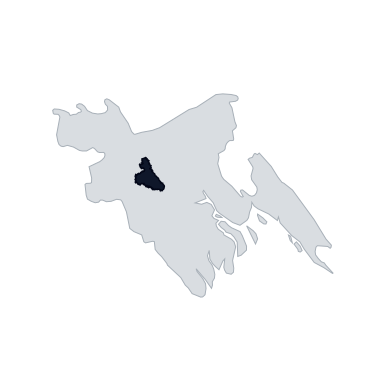 location of Sirajganj, Rajshahi, Bangladesh, rotated 330°
{"feature_id": "16705992B55394931042500", "entity_name": "Sirajganj", "entity_type": "district", "adm_level": 2, "iso_a3": "BGD", "parent_name": "Bangladesh", "parent_adm1": "Rajshahi", "projection": "natural_earth1", "projection_center": [89.578, 24.399], "detail": "fine", "context": "in_parent", "style": "filled", "palette": "ink", "viewbox_px": 384, "rotation_deg": 330, "n_neighbors": 0, "source": "geoboundaries", "source_scale": "gbopen_adm2", "svg_char_len": 8725}
<svg xmlns="http://www.w3.org/2000/svg" viewBox="0 0 384 384"><g transform="rotate(330 192 192)"><path d="M139.6,269.4L139.5,260.5L134.2,243.1L134.5,241.2L133.4,232.8L132.1,228.2L131.4,223.3L134.6,216.1L133.3,215.0L126.3,212.8L125.4,211.0L127.0,204.0L121.9,197.3L119.9,192.4L125.3,176.4L126.7,165.3L126.3,163.1L123.0,160.6L117.2,159.6L113.0,157.6L110.6,154.4L108.6,153.2L106.1,154.1L102.8,152.9L100.1,149.7L97.9,145.9L98.8,141.8L103.1,132.0L104.7,131.7L108.3,133.6L109.7,133.6L112.1,129.7L115.5,118.6L127.4,119.6L130.2,119.2L133.2,118.3L134.8,116.9L135.7,115.2L135.4,113.6L131.7,111.6L130.3,110.0L129.3,105.6L128.3,103.9L121.1,103.7L117.5,101.6L115.4,99.8L111.8,93.8L107.4,89.3L103.1,88.3L101.5,86.8L100.6,84.5L101.1,81.2L103.3,74.8L115.0,61.1L115.3,59.5L114.9,57.8L111.5,55.6L111.2,54.5L112.2,51.6L114.2,51.2L118.2,53.9L122.3,58.1L124.8,61.9L124.8,64.9L128.0,65.5L130.7,66.8L133.5,66.4L135.3,67.1L136.5,66.9L136.9,65.1L134.6,60.8L135.7,59.0L138.4,59.1L140.4,60.7L141.8,64.1L142.1,69.2L145.2,73.9L149.4,77.3L152.6,78.8L156.6,79.9L159.9,78.8L161.6,75.6L160.9,72.6L161.4,70.0L162.7,68.6L164.8,68.7L166.4,70.7L171.0,81.9L170.1,86.9L171.1,100.5L169.9,109.5L170.7,112.9L171.4,113.5L178.4,115.2L188.4,118.8L196.0,120.1L230.7,119.1L238.3,120.9L261.4,119.6L267.7,122.4L274.6,127.1L278.4,130.5L279.2,132.5L278.7,134.2L277.5,135.2L275.1,135.2L269.6,132.9L268.7,133.6L268.7,139.0L264.3,152.5L263.7,156.7L262.2,158.3L257.6,159.2L254.6,167.0L253.4,168.0L250.3,166.3L248.5,166.5L246.1,167.3L243.8,169.1L242.2,171.3L240.4,172.1L233.9,172.0L232.6,175.6L228.4,180.4L225.5,193.1L225.8,196.9L229.4,207.0L231.9,220.1L232.9,221.5L234.1,221.6L234.2,215.6L235.3,214.8L236.8,215.5L239.9,223.6L241.7,225.6L244.4,226.2L247.4,225.0L249.7,222.6L250.6,220.1L249.8,211.2L251.2,207.6L256.5,202.3L257.2,200.7L256.9,191.8L258.8,191.5L261.5,192.2L264.9,190.1L265.9,190.1L267.3,192.3L269.7,191.9L273.4,209.5L273.8,221.8L274.7,228.7L275.9,230.2L280.0,240.5L283.9,276.8L284.5,299.8L286.1,307.7L284.8,309.4L283.5,309.8L282.3,307.0L273.7,301.2L271.7,301.8L268.8,305.2L267.6,308.3L268.1,312.7L269.1,317.1L271.1,319.6L271.3,322.3L273.6,332.7L273.0,332.8L268.3,323.3L262.6,314.1L260.6,297.5L260.5,289.2L256.6,279.6L252.9,262.8L254.4,256.8L251.7,259.4L247.4,249.3L240.7,239.5L238.8,235.1L238.7,230.8L235.8,235.1L231.9,238.1L228.0,242.6L225.3,244.0L216.9,244.8L212.0,238.8L205.1,224.0L204.1,220.6L205.0,211.9L203.4,203.7L202.9,196.4L201.6,197.1L201.2,199.1L201.4,202.1L200.9,204.7L189.2,203.0L194.2,207.4L199.6,208.4L202.4,212.3L202.6,218.7L197.3,222.6L197.8,225.9L200.8,229.9L197.1,231.0L196.1,233.6L196.1,237.3L198.7,243.0L198.2,245.2L202.6,252.7L203.5,256.3L202.4,261.3L192.9,271.6L190.1,278.8L187.8,282.2L184.8,282.8L181.2,279.4L181.2,275.9L181.9,273.1L186.9,266.3L184.2,267.2L176.5,272.8L175.0,268.3L174.0,264.0L174.0,258.9L177.7,251.2L173.5,255.0L172.3,259.8L172.8,265.5L172.3,269.5L170.6,274.7L168.4,277.8L164.7,279.9L163.1,283.0L160.7,285.2L159.8,274.7L157.2,260.5L156.6,263.5L158.0,272.4L157.9,278.1L155.9,282.6L151.9,287.5L148.8,288.2L147.0,287.4L141.3,280.1L140.8,273.2L139.6,269.4ZM210.1,269.6L203.0,271.3L199.4,270.7L206.1,258.0L205.9,252.2L204.8,247.6L201.4,243.8L201.2,241.2L199.6,237.5L198.8,233.2L202.6,231.9L205.7,234.3L206.8,239.2L208.4,242.8L213.8,250.3L213.7,254.9L212.2,266.1L210.1,269.6ZM225.4,265.4L221.0,268.8L222.4,248.6L225.6,256.1L226.5,260.1L225.4,265.4ZM241.9,255.3L240.0,256.7L238.2,255.5L236.0,250.8L237.1,244.8L237.8,243.9L240.5,250.0L241.9,255.3ZM258.1,297.8L255.7,298.1L254.4,296.6L255.0,294.6L254.3,288.1L257.5,287.4L258.6,292.9L258.1,297.8ZM255.3,279.6L253.5,286.1L252.8,283.2L254.0,277.5L255.3,279.6ZM204.5,227.0L205.2,229.1L201.2,226.4L200.2,224.5L201.9,223.5L204.5,227.0Z" fill="#d9dde1" stroke="#a8b0b8" stroke-width="1"/><path d="M151.4,149.3L151.5,149.3L151.3,149.5L151.2,149.9L151.3,150.0L151.2,150.0L151.0,150.5L150.8,150.6L150.6,150.7L150.7,151.0L150.4,151.3L150.4,151.5L150.2,151.6L150.1,151.8L150.0,152.2L149.8,152.2L149.5,152.6L149.3,152.8L149.3,153.0L149.1,152.9L149.1,153.1L149.0,153.3L149.2,153.6L149.1,153.8L148.9,153.8L149.1,153.9L149.0,154.3L148.8,154.3L148.8,154.7L148.6,154.8L148.3,155.1L148.1,155.0L148.0,155.4L147.9,155.4L147.7,155.5L147.8,155.9L148.2,155.9L148.5,155.7L148.9,156.0L149.2,156.1L149.2,156.4L149.1,156.9L149.3,157.0L149.2,157.4L149.2,157.7L149.1,158.0L149.3,158.2L149.3,158.5L149.5,158.7L149.8,158.6L150.0,159.0L150.3,159.2L150.3,159.4L150.6,159.3L151.1,159.4L151.1,159.5L151.2,159.4L151.3,159.5L151.4,159.4L151.6,159.5L151.9,159.6L152.2,159.4L152.5,159.3L152.7,159.5L153.0,159.6L153.0,159.8L152.8,160.0L153.0,159.9L153.5,160.2L153.9,160.3L153.8,160.8L154.0,160.8L154.0,161.0L154.3,160.8L154.6,160.8L154.5,161.1L154.6,161.4L154.8,161.4L154.8,161.5L154.7,161.7L154.6,161.8L154.7,162.0L154.5,162.3L154.7,162.7L154.9,162.9L154.8,163.3L155.0,163.5L154.8,164.0L154.8,164.3L155.0,164.4L155.1,164.2L155.4,164.2L155.5,163.8L155.6,163.7L155.8,163.7L156.1,163.7L156.3,163.8L156.3,164.0L156.4,164.3L156.2,164.8L156.1,165.1L155.7,165.1L155.7,165.3L156.0,165.4L156.6,165.3L156.7,165.2L156.9,165.1L157.0,165.4L157.0,165.6L156.8,165.9L156.7,165.8L156.7,165.7L156.4,165.7L156.4,166.0L156.6,166.1L156.5,166.4L156.6,166.6L156.8,166.6L157.0,166.5L157.3,166.6L157.4,166.3L157.3,166.1L157.5,166.0L157.6,165.9L157.6,166.1L157.9,166.0L158.1,166.0L158.2,166.6L158.4,166.7L158.3,166.8L158.5,166.9L158.8,166.9L158.9,167.2L158.8,167.3L158.6,167.3L158.5,167.5L158.6,167.8L158.9,168.0L159.1,168.0L159.3,168.1L159.3,168.3L159.0,168.3L158.9,168.3L159.1,168.8L158.8,169.0L158.9,169.3L159.0,169.4L159.1,169.6L159.1,169.9L159.2,170.2L159.4,170.1L159.5,170.2L159.6,170.3L159.8,170.1L159.8,170.4L159.8,170.5L159.9,170.2L160.3,170.3L160.5,170.6L160.4,170.8L160.2,170.7L160.2,170.9L160.3,171.1L160.6,171.2L161.0,171.1L161.2,171.3L161.6,171.3L161.7,171.5L162.2,171.7L162.2,171.8L162.3,171.8L162.4,171.7L162.5,171.8L163.2,172.5L163.5,172.3L164.4,172.9L165.0,173.4L165.3,173.5L165.3,173.8L165.4,174.5L165.3,174.9L165.7,174.7L166.0,174.6L166.1,174.8L165.9,174.8L166.1,175.0L166.2,175.4L166.3,175.4L166.4,175.5L166.9,175.9L167.0,175.8L167.6,175.5L168.1,175.4L168.4,175.4L169.1,175.2L169.5,174.8L169.5,174.5L169.9,174.4L170.2,174.0L170.8,173.4L171.0,173.0L171.1,172.4L171.1,172.1L170.8,171.2L170.8,170.2L171.0,169.7L170.4,169.3L170.2,168.7L169.6,168.8L169.3,168.4L169.5,168.2L170.0,168.2L169.6,166.3L169.4,165.0L169.5,164.4L169.7,163.7L169.6,162.7L169.5,162.4L169.1,161.8L169.0,161.4L169.0,160.7L168.9,160.4L168.7,160.0L168.3,159.7L168.1,159.4L168.2,158.9L168.7,158.2L168.7,157.7L167.9,155.6L168.0,155.0L168.3,154.3L167.8,154.3L167.8,154.0L167.8,153.6L168.0,153.5L168.4,153.0L168.4,152.9L168.0,153.1L168.4,152.2L168.3,151.9L168.1,151.9L168.0,151.7L167.4,151.3L167.6,151.0L168.0,151.2L168.1,150.7L167.8,150.6L168.0,150.5L167.9,150.4L168.4,150.3L168.9,150.2L168.8,149.4L169.0,149.1L169.5,148.8L169.7,148.6L169.4,148.3L169.3,147.7L169.0,147.3L168.9,147.0L168.7,146.6L168.7,146.2L169.5,146.0L169.4,145.3L169.5,144.3L169.4,143.9L169.8,143.8L170.1,143.4L170.0,143.1L169.7,143.1L169.7,142.9L169.8,142.9L169.7,142.8L169.6,142.6L169.8,142.3L169.6,142.2L169.4,142.2L169.2,141.9L169.2,141.7L169.0,141.2L169.3,141.2L169.4,141.3L169.4,141.1L169.6,141.1L169.7,140.7L169.2,140.3L169.3,140.2L169.4,139.9L169.3,139.4L169.2,139.1L168.9,138.9L168.4,139.2L167.8,138.8L167.6,138.8L167.7,139.1L167.4,139.5L167.5,139.2L167.4,139.0L167.2,139.0L166.9,138.8L166.5,138.6L165.8,138.5L165.2,138.3L165.0,138.5L165.0,139.1L164.9,139.5L164.6,139.8L164.7,140.1L164.2,140.1L164.4,141.0L164.1,141.2L163.9,141.6L163.5,141.6L163.8,141.9L163.8,142.4L163.7,142.3L163.5,142.7L162.9,143.1L162.7,143.0L162.4,143.0L162.2,142.8L162.2,142.7L161.8,142.6L161.8,142.3L161.6,142.3L160.9,142.5L160.7,142.7L160.5,141.9L160.1,142.2L160.1,142.5L160.3,142.8L160.4,143.0L160.3,143.4L160.1,143.4L159.9,143.5L160.0,143.8L160.1,144.0L159.9,144.1L159.7,144.7L159.8,144.8L160.3,144.8L160.4,144.7L160.2,145.0L160.1,145.3L160.3,146.0L160.2,146.2L159.9,146.1L159.9,146.4L160.2,146.5L160.7,146.3L161.0,146.4L161.5,146.6L161.5,146.8L161.8,146.7L162.1,147.0L162.0,147.4L161.9,147.6L162.1,148.1L162.1,148.4L162.0,148.5L162.1,148.8L162.0,149.2L161.7,149.3L161.6,149.5L161.4,149.6L161.2,149.6L161.0,149.9L160.9,149.8L160.7,149.9L160.5,149.6L160.2,149.5L160.1,149.8L159.8,149.9L159.8,149.6L159.5,149.6L159.3,149.1L159.2,149.1L159.0,149.5L159.2,149.9L159.0,150.0L158.7,150.4L158.8,150.0L158.8,149.7L158.7,149.6L158.2,149.4L157.8,149.6L157.5,149.5L157.3,149.4L156.8,149.7L156.8,150.0L156.6,150.0L156.3,150.1L156.1,150.1L156.1,149.9L155.1,149.7L154.9,149.5L154.9,149.2L154.2,149.2L154.2,149.5L153.6,149.6L153.6,149.4L153.2,149.4L153.1,149.5L152.9,149.5L152.7,149.5L152.5,149.3L152.3,149.4L152.2,149.3L151.9,149.3L151.6,149.3L151.6,149.1L151.4,149.3Z" fill="#0f172a" stroke="#020617" stroke-width="1.5"/></g></svg>